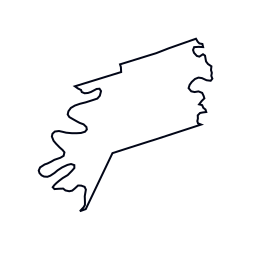 the district of Cerro Largo, Rio Grande do Sul, Brazil, rotated 73°
{"feature_id": "56859067B85227915842878", "entity_name": "Cerro Largo", "entity_type": "district", "adm_level": 2, "iso_a3": "BRA", "parent_name": "Brazil", "parent_adm1": "Rio Grande do Sul", "projection": "equal_earth", "projection_center": [-54.733, -28.138], "detail": "fine", "context": "isolated", "style": "outline", "palette": "ink", "viewbox_px": 256, "rotation_deg": 73, "n_neighbors": 0, "source": "geoboundaries", "source_scale": "gbopen_adm2", "svg_char_len": 1841}
<svg xmlns="http://www.w3.org/2000/svg" viewBox="0 0 256 256"><g transform="rotate(73 128 128)"><path d="M62.5,36.9L63.7,65.8L64.3,73.8L64.7,79.3L64.7,87.6L64.8,108.9L64.8,117.0L67.7,117.0L72.5,118.2L72.6,166.6L75.7,164.2L77.9,161.8L80.1,161.7L82.1,159.3L82.8,156.0L82.7,152.8L81.5,146.6L82.1,143.8L84.8,143.0L88.9,145.5L90.9,148.7L91.0,153.1L91.1,160.9L90.8,166.9L91.0,172.2L92.1,176.8L94.6,180.1L97.4,181.7L100.4,180.9L103.2,178.3L106.8,174.9L109.0,172.7L111.5,169.4L114.9,167.5L117.4,167.8L119.0,170.2L119.0,174.4L117.9,178.9L116.4,183.6L114.4,188.5L112.5,191.7L110.7,194.9L110.0,199.0L111.4,201.9L113.9,203.3L118.5,202.9L122.0,201.4L126.5,199.1L129.9,197.0L132.7,195.9L135.8,197.7L136.7,201.4L136.9,207.7L137.7,211.1L138.4,215.4L138.5,218.4L140.0,223.6L142.6,225.8L145.3,225.8L148.0,224.5L149.9,222.5L151.1,219.3L150.9,216.2L149.5,211.4L147.9,207.7L146.4,202.5L145.6,196.7L145.8,193.0L147.8,190.2L150.6,191.0L152.6,194.2L155.4,199.4L156.8,205.1L158.3,209.2L159.7,212.5L161.1,215.2L162.6,217.3L164.9,216.2L165.9,211.8L167.0,207.7L169.4,206.1L171.3,202.7L171.6,199.7L170.4,196.8L168.4,192.6L169.4,189.6L171.6,186.7L174.6,186.3L176.8,187.4L180.6,189.3L183.6,190.1L186.5,190.9L189.0,191.7L190.8,193.6L193.5,198.3L193.2,192.1L147.5,150.2L147.3,136.1L147.0,111.0L147.0,107.4L146.1,57.1L144.0,59.7L141.7,59.7L139.4,58.4L136.3,57.6L134.7,54.7L135.0,51.9L135.6,48.5L133.0,48.5L130.7,50.1L127.8,50.4L126.2,53.1L123.7,49.6L122.0,46.3L119.4,46.3L116.1,46.8L113.6,49.9L113.1,53.8L111.4,56.8L107.6,58.4L104.7,56.4L102.6,53.6L100.7,49.6L100.4,45.9L101.9,42.7L105.3,38.9L107.0,35.1L105.5,32.9L102.5,33.1L99.8,31.7L96.9,31.7L93.4,30.2L90.2,32.8L87.2,33.9L84.5,33.6L81.3,33.2L79.4,34.7L80.6,38.9L79.2,41.1L75.4,42.9L72.4,43.0L70.0,41.1L71.1,36.6L72.6,32.5L69.4,32.3L68.0,35.0L65.9,36.1L62.5,36.9Z" fill="none" stroke="#020617" stroke-width="2"/></g></svg>